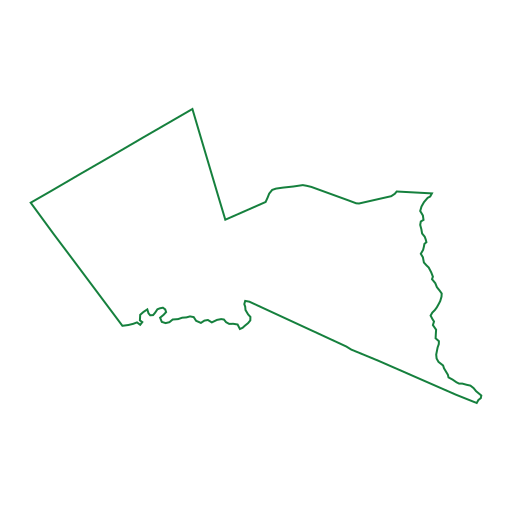 Governador Eugênio Barros, Maranhão, Brazil
{"feature_id": "56859067B76499051658500", "entity_name": "Governador Eugênio Barros", "entity_type": "district", "adm_level": 2, "iso_a3": "BRA", "parent_name": "Brazil", "parent_adm1": "Maranhão", "projection": "orthographic", "projection_center": [-43.999, -5.389], "detail": "fine", "context": "isolated", "style": "outline", "palette": "green", "viewbox_px": 512, "rotation_deg": 0, "n_neighbors": 0, "source": "geoboundaries", "source_scale": "gbopen_adm2", "svg_char_len": 1982}
<svg xmlns="http://www.w3.org/2000/svg" viewBox="0 0 512 512"><path d="M476.7,403.0L478.4,400.0L480.8,398.1L481.3,395.5L476.1,391.2L473.6,388.1L470.4,385.6L466.7,384.8L462.3,383.6L459.1,383.6L456.5,382.3L452.6,379.6L448.5,377.4L447.9,374.8L444.0,368.3L443.1,365.5L438.5,361.9L436.6,358.5L436.2,354.6L437.6,347.5L438.8,344.1L438.9,341.2L435.6,338.3L435.8,334.5L436.1,329.7L432.9,325.1L434.0,321.5L432.4,319.0L430.6,315.6L432.3,312.6L434.9,310.0L436.8,307.4L438.7,304.0L440.2,301.1L441.5,296.7L441.7,293.5L439.4,290.3L436.9,287.2L435.3,283.2L432.0,279.2L432.9,276.7L431.2,272.3L428.7,267.5L426.5,265.4L423.9,262.5L422.9,257.3L420.8,253.8L423.1,249.9L423.9,246.7L424.4,243.9L426.4,242.2L425.7,239.4L424.7,236.7L422.1,233.5L421.4,229.4L420.2,224.9L420.8,221.5L423.5,219.9L422.9,215.5L420.2,211.0L421.5,206.5L424.0,202.1L427.7,197.8L430.2,196.5L431.9,193.4L396.7,191.5L394.8,193.8L391.2,196.2L381.0,198.5L359.0,203.5L356.2,203.3L348.2,200.3L338.0,196.6L311.3,186.9L306.7,185.8L302.8,185.1L293.4,186.5L283.0,187.6L276.0,188.6L272.2,189.9L269.2,193.6L267.6,197.6L265.6,202.0L225.3,219.7L218.1,195.7L199.7,133.7L192.4,109.0L164.4,125.2L143.6,137.2L115.4,153.7L80.2,174.0L51.1,191.0L30.7,202.7L53.4,233.7L70.7,256.7L122.4,325.8L128.4,325.0L133.3,323.8L137.0,322.4L140.2,324.8L142.3,322.1L139.9,320.4L140.2,314.8L143.4,312.0L147.3,309.4L148.5,313.3L150.2,315.3L153.1,315.1L155.1,312.7L157.4,309.3L159.9,308.3L162.9,307.7L165.2,309.4L166.1,312.1L163.6,314.8L160.1,317.7L161.8,321.9L165.6,323.1L169.4,322.2L172.7,319.5L178.1,319.1L182.2,317.7L186.4,317.4L190.0,316.4L193.7,317.1L196.1,320.8L200.9,322.9L204.4,320.6L207.9,320.0L211.8,322.4L217.0,319.9L221.2,319.1L223.9,319.5L226.1,322.2L229.2,323.9L233.3,323.8L237.6,324.5L239.9,329.0L242.6,327.8L244.9,325.7L248.1,323.1L250.3,320.4L250.4,316.9L248.1,314.4L245.5,310.0L245.2,306.7L244.3,304.1L245.2,300.9L249.4,301.7L346.3,346.5L351.3,349.6L378.7,360.9L425.1,381.2L455.7,394.6L476.7,403.0Z" fill="none" stroke="#15803d" stroke-width="2"/></svg>